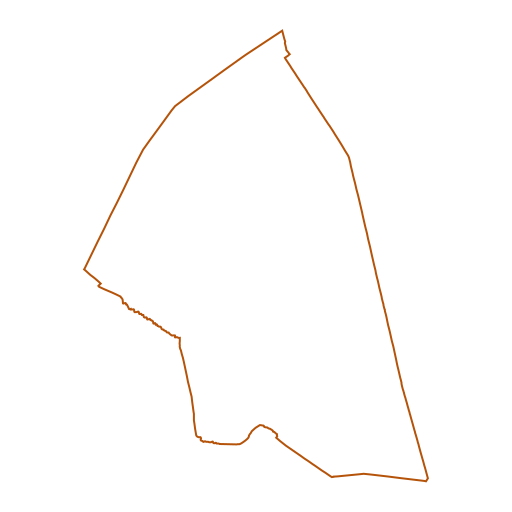 outline of Tinh Bien, An Giang, Vietnam
{"feature_id": "81297802B35428568609668", "entity_name": "Tinh Bien", "entity_type": "district", "adm_level": 2, "iso_a3": "VNM", "parent_name": "Vietnam", "parent_adm1": "An Giang", "projection": "natural_earth1", "projection_center": [105.002, 10.557], "detail": "fine", "context": "isolated", "style": "outline", "palette": "amber", "viewbox_px": 512, "rotation_deg": 0, "n_neighbors": 0, "source": "geoboundaries", "source_scale": "gbopen_adm2", "svg_char_len": 5942}
<svg xmlns="http://www.w3.org/2000/svg" viewBox="0 0 512 512"><path d="M282.2,30.7L246.2,54.5L241.9,57.5L224.0,70.3L206.3,83.1L188.1,96.2L175.1,106.1L171.6,110.4L162.1,123.5L152.5,136.6L150.2,139.7L143.1,149.6L136.3,162.6L129.9,176.0L123.5,189.4L117.0,202.6L110.4,215.5L104.1,228.8L97.6,241.8L91.3,254.8L85.0,267.8L84.1,269.4L84.9,270.0L86.8,271.7L90.3,274.9L94.4,278.0L98.0,281.1L98.6,281.6L100.7,283.6L100.1,284.2L99.5,284.7L98.4,285.9L99.1,286.8L104.2,289.2L112.2,292.6L116.3,294.5L120.6,296.6L120.8,297.3L121.4,297.8L121.8,298.2L122.0,298.6L122.4,299.1L122.6,299.6L122.8,301.4L122.9,302.4L122.9,303.0L123.0,303.4L123.2,303.5L123.6,303.5L124.3,303.3L125.2,303.0L125.6,303.1L125.8,303.4L126.0,303.7L126.1,304.5L126.5,304.7L126.8,304.7L127.0,304.7L128.7,308.2L128.9,308.9L129.0,309.0L129.3,309.2L129.5,309.2L130.2,309.1L130.8,308.9L130.9,309.5L131.5,309.5L133.0,309.4L133.6,309.3L133.9,309.5L134.1,310.1L134.2,311.0L134.3,311.7L134.6,312.1L136.4,312.1L137.4,311.9L137.9,311.6L138.1,311.6L138.4,311.6L138.6,311.8L138.9,312.3L139.0,313.0L139.2,313.7L139.4,314.0L140.1,314.0L140.8,313.8L141.1,313.8L141.4,314.0L141.9,315.0L143.3,315.0L143.4,315.4L143.6,316.1L144.0,317.2L144.5,317.5L145.2,317.6L145.8,317.4L146.1,317.3L146.5,317.4L146.8,317.7L147.2,319.4L147.4,319.5L147.8,319.4L148.8,319.2L149.4,318.9L149.8,318.9L149.9,319.0L150.1,319.3L150.2,319.7L150.3,319.9L150.6,320.1L151.1,320.1L151.4,320.2L151.6,320.5L152.1,320.8L152.4,320.8L152.7,321.1L153.0,321.5L153.1,322.1L153.3,323.0L153.3,323.3L153.4,323.5L153.6,323.6L153.8,323.6L154.8,323.1L155.1,323.1L155.3,323.4L155.4,323.6L155.5,324.1L155.6,324.5L155.8,324.7L156.1,324.4L156.5,324.3L156.9,324.5L157.2,324.9L157.4,325.8L157.6,326.0L157.8,326.0L158.3,326.1L159.1,326.7L160.4,326.7L160.7,326.9L161.1,327.4L161.3,328.0L161.4,328.5L161.6,328.9L161.9,329.2L162.3,329.4L162.8,329.5L163.3,329.6L163.5,329.6L163.6,329.8L163.7,330.1L163.8,330.2L164.1,330.4L164.5,330.5L164.9,330.8L165.6,331.0L166.0,331.2L166.2,331.3L166.3,331.5L166.4,331.8L166.6,332.1L166.9,332.4L167.5,332.5L168.6,332.5L168.9,332.9L169.1,333.3L169.4,333.6L169.6,333.8L170.5,334.6L171.7,335.4L172.0,335.5L172.3,335.5L173.2,335.4L174.5,335.4L175.0,335.5L175.1,335.8L175.0,336.4L174.9,337.1L175.0,337.3L176.0,337.4L176.4,337.2L176.8,337.2L177.2,337.2L177.6,337.4L177.9,337.6L178.6,337.9L179.1,337.9L179.3,338.0L179.8,337.9L179.8,340.9L179.6,343.5L179.8,345.5L179.7,346.6L179.9,347.6L180.1,348.5L181.0,350.7L181.3,352.0L181.6,353.3L181.8,354.1L182.9,357.8L184.0,362.6L185.4,369.2L186.3,373.4L186.9,376.3L188.0,382.0L189.2,386.7L190.6,392.7L191.6,396.6L192.2,401.9L193.0,407.7L193.6,412.2L193.9,413.8L193.9,417.2L193.9,420.3L194.4,423.5L195.1,428.8L196.2,435.2L196.4,435.7L196.9,436.3L197.4,436.7L198.1,437.0L198.7,437.2L200.1,437.2L200.5,437.2L200.7,437.5L200.9,437.9L201.0,438.7L200.7,439.2L200.7,440.0L201.0,440.5L202.0,440.9L202.5,441.0L203.0,441.6L203.4,441.9L203.9,441.8L204.3,441.5L204.8,441.3L205.2,441.3L205.6,441.5L206.1,441.8L207.0,441.8L208.2,441.8L209.1,442.2L210.2,442.3L211.0,442.2L212.4,441.6L212.7,441.6L213.0,442.0L213.1,442.6L213.6,443.1L214.0,443.2L214.7,443.2L215.6,442.8L215.9,442.8L216.2,443.0L216.4,443.4L216.6,443.5L217.9,443.5L218.8,443.6L219.6,444.0L236.7,444.4L237.6,444.2L239.3,444.2L240.3,443.9L241.5,443.2L243.2,442.1L245.4,440.5L247.6,438.6L248.4,437.6L248.8,436.7L249.0,435.5L249.4,434.9L250.0,433.9L250.4,433.5L250.8,433.0L251.5,431.7L251.9,431.1L255.0,428.3L256.3,427.3L257.2,426.8L258.9,425.7L259.8,425.1L260.5,425.1L262.5,425.5L263.1,425.5L263.5,425.6L263.8,425.8L263.9,426.3L264.1,426.6L264.2,426.8L264.5,427.0L265.6,427.3L266.3,427.4L266.7,427.4L267.0,427.4L267.5,427.6L267.8,427.9L268.1,428.1L268.4,428.3L268.8,428.5L269.6,428.7L270.1,428.8L271.1,429.5L271.7,429.8L272.4,430.4L272.8,430.7L273.0,431.3L273.0,431.5L273.3,431.8L273.6,431.8L273.9,431.8L274.2,431.9L274.7,432.3L275.9,433.5L276.8,433.9L277.0,434.5L276.9,435.3L277.2,436.2L276.2,437.7L280.4,441.3L286.1,445.8L301.2,456.2L304.5,458.6L307.9,460.8L311.3,463.2L312.7,464.2L314.7,465.5L321.7,470.4L325.3,472.7L330.1,476.0L331.8,477.1L333.7,476.8L333.7,476.6L337.4,476.4L358.9,474.3L363.7,473.8L369.7,474.4L375.8,475.1L387.9,476.5L400.5,478.1L424.1,480.9L426.0,481.3L427.9,478.3L427.4,476.6L425.0,467.7L424.3,465.5L423.7,463.2L423.1,461.0L422.5,459.0L422.1,457.6L420.5,452.0L419.2,447.2L418.9,446.1L418.4,444.0L418.0,442.9L417.7,441.8L417.4,440.5L415.7,434.6L415.2,433.2L415.0,432.0L414.4,430.1L412.9,424.7L410.9,417.6L410.2,415.0L409.9,414.2L409.7,413.3L409.5,412.6L409.5,412.3L408.9,410.6L408.2,407.9L407.7,406.3L406.9,403.2L405.8,399.5L405.4,397.9L404.8,396.2L404.0,393.2L404.0,392.8L403.7,392.1L403.5,391.4L403.4,390.8L403.0,389.9L402.1,386.5L401.5,383.8L401.5,382.7L400.7,379.4L400.3,378.1L398.3,369.4L397.5,366.2L396.7,362.5L395.9,358.4L395.7,357.6L393.3,346.4L391.8,340.8L390.0,332.6L389.4,330.1L388.0,324.7L387.2,320.8L386.4,316.8L385.7,313.9L384.9,311.1L384.8,309.5L384.6,309.4L384.5,309.2L383.5,305.4L383.4,304.1L382.9,302.5L381.9,298.6L381.6,296.8L381.0,294.2L379.5,288.4L379.2,287.1L378.7,284.7L377.9,281.1L377.0,277.7L375.9,273.0L375.4,270.1L374.1,265.0L373.3,261.5L371.6,254.1L370.1,247.1L368.1,239.0L367.6,236.6L367.0,233.5L366.0,229.5L365.8,228.9L365.0,225.6L364.0,221.2L362.5,214.6L362.2,212.9L358.1,195.5L356.5,189.6L355.0,183.0L353.7,178.1L353.0,175.3L352.6,173.2L350.9,166.3L350.2,162.4L349.0,157.7L348.1,155.6L344.6,150.0L344.1,149.1L341.3,144.4L339.2,141.0L334.3,133.3L334.0,132.7L329.4,125.6L328.6,124.6L324.4,118.3L323.6,116.9L323.0,116.1L318.8,109.8L318.1,108.6L317.6,108.0L312.6,100.3L312.3,99.9L307.4,92.2L307.0,91.4L304.7,87.8L304.4,87.6L303.7,86.5L302.0,83.9L301.3,82.9L296.1,75.1L295.8,74.5L291.3,67.8L290.3,66.1L285.7,59.2L285.0,58.0L284.9,57.8L288.0,55.7L289.7,54.2L289.2,53.7L288.2,52.3L286.6,50.4L286.4,50.2L286.3,49.7L286.3,49.3L286.2,48.9L286.1,48.1L285.2,44.4L284.9,43.4L284.9,42.8L285.0,42.3L285.2,41.7L285.0,40.9L284.5,39.5L283.8,36.9L282.2,30.7Z" fill="none" stroke="#b45309" stroke-width="2"/></svg>